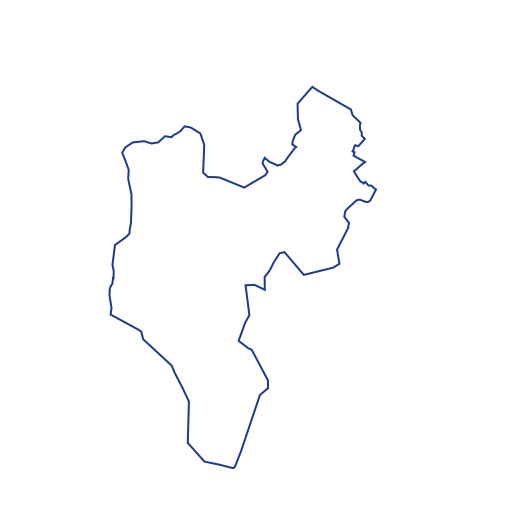 outline of Egbedore, Osun, Nigeria, rotated 326°
{"feature_id": "59680162B61270202433812", "entity_name": "Egbedore", "entity_type": "district", "adm_level": 2, "iso_a3": "NGA", "parent_name": "Nigeria", "parent_adm1": "Osun", "projection": "orthographic", "projection_center": [4.451, 7.783], "detail": "fine", "context": "isolated", "style": "outline", "palette": "blue", "viewbox_px": 512, "rotation_deg": 326, "n_neighbors": 0, "source": "geoboundaries", "source_scale": "gbopen_adm2", "svg_char_len": 2186}
<svg xmlns="http://www.w3.org/2000/svg" viewBox="0 0 512 512"><g transform="rotate(326 256 256)"><path d="M202.8,95.6L201.2,103.2L198.6,113.5L193.2,120.5L187.3,135.1L179.8,146.4L175.0,152.9L172.9,155.8L170.7,158.9L166.2,163.4L163.4,166.8L157.6,167.7L145.3,168.0L132.2,182.9L129.3,189.5L126.5,193.2L125.1,194.2L125.5,194.8L124.5,195.3L123.4,196.4L122.6,197.2L121.6,198.6L120.7,199.0L119.2,199.5L117.2,200.8L115.4,202.6L114.2,204.6L112.8,206.2L107.0,218.5L102.7,223.3L116.9,250.5L118.6,254.5L115.9,262.0L124.7,299.3L124.8,299.6L123.2,308.0L121.4,323.7L119.0,339.2L94.9,372.8L98.2,397.0L98.3,397.6L109.0,408.6L118.4,419.1L120.6,419.0L134.1,409.7L181.6,373.4L192.1,372.3L196.4,365.7L200.0,331.3L197.9,328.0L194.2,316.6L209.8,305.2L217.4,301.4L231.0,274.4L238.6,279.1L244.4,288.9L251.4,278.3L259.4,275.6L267.4,271.1L277.2,266.9L281.8,268.8L285.1,298.4L313.4,308.8L320.8,309.1L326.8,296.0L348.4,284.1L348.6,283.5L351.6,280.7L351.1,273.0L353.4,270.4L354.5,269.3L355.9,268.4L358.9,267.8L367.7,266.5L370.1,266.1L371.5,266.4L372.6,266.7L374.1,268.0L377.3,272.7L378.2,273.3L379.8,274.0L381.9,273.8L392.7,268.0L392.6,267.6L391.9,266.2L391.7,265.3L391.6,264.9L391.5,264.0L391.0,262.1L388.9,260.7L388.6,260.0L388.3,257.9L388.1,255.7L386.6,256.0L385.6,256.0L385.5,254.5L384.3,252.8L384.2,249.0L384.3,244.7L384.6,240.5L395.7,239.2L399.0,239.1L397.5,236.1L395.2,231.7L393.0,227.3L395.7,225.1L394.5,223.3L396.4,222.3L398.8,220.3L400.2,219.6L401.8,221.7L402.2,222.2L411.7,219.8L410.9,215.5L412.7,212.7L412.9,209.6L414.7,206.4L417.1,204.0L414.8,193.4L416.6,187.6L399.8,153.5L397.3,147.3L375.7,152.9L367.3,166.0L363.7,176.7L356.1,177.5L351.2,180.9L348.5,183.7L350.3,188.1L348.0,188.4L344.7,189.5L336.2,192.5L333.1,193.8L330.5,194.0L327.7,194.2L326.2,193.5L325.1,193.2L324.5,193.2L323.0,190.3L320.0,185.9L318.1,179.5L316.9,180.4L315.9,180.7L314.1,182.1L313.2,183.0L312.7,192.6L308.8,194.2L284.5,192.7L269.8,170.7L266.0,167.6L260.3,163.7L258.8,157.3L275.2,135.0L278.4,123.3L274.3,114.2L273.7,112.9L269.3,108.6L263.4,110.2L259.1,110.2L255.3,109.6L252.4,110.3L247.5,105.8L247.3,105.9L238.4,107.1L232.3,104.3L227.5,98.3L217.3,92.9L208.3,92.9L202.8,95.6Z" fill="none" stroke="#1e3a8a" stroke-width="2"/></g></svg>